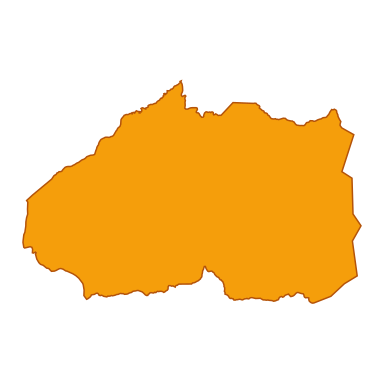 Porto Walter, Acre, Brazil (Robinson projection)
{"feature_id": "56859067B75974716553917", "entity_name": "Porto Walter", "entity_type": "district", "adm_level": 2, "iso_a3": "BRA", "parent_name": "Brazil", "parent_adm1": "Acre", "projection": "robinson", "projection_center": [-72.774, -8.451], "detail": "fine", "context": "isolated", "style": "filled", "palette": "amber", "viewbox_px": 384, "rotation_deg": 0, "n_neighbors": 0, "source": "geoboundaries", "source_scale": "gbopen_adm2", "svg_char_len": 5997}
<svg xmlns="http://www.w3.org/2000/svg" viewBox="0 0 384 384"><path d="M180.8,82.2L179.3,83.3L178.3,84.4L177.0,85.0L175.9,85.7L174.5,86.1L173.7,87.1L173.2,88.1L172.3,89.0L171.1,89.1L170.5,89.9L169.6,90.5L168.7,90.8L167.2,90.7L167.2,92.0L167.0,93.0L165.5,94.4L164.9,93.4L163.8,93.8L164.1,94.9L163.3,95.7L163.5,96.6L162.2,97.5L161.8,98.4L161.0,98.2L160.2,99.0L159.5,100.2L158.4,100.7L157.2,101.6L155.9,103.3L154.5,103.5L152.3,104.5L150.7,104.4L149.9,104.8L148.9,105.1L148.1,105.7L148.2,106.9L147.2,107.5L145.8,108.0L145.7,109.0L142.7,107.8L141.8,108.0L141.0,108.5L141.7,109.6L141.8,110.7L141.4,111.8L140.3,111.6L140.0,113.0L139.1,112.9L139.1,111.6L137.8,111.4L136.3,110.8L135.5,111.8L134.7,113.0L134.0,112.3L132.9,112.8L132.2,113.7L131.9,112.8L130.9,113.5L129.8,113.6L128.5,114.4L127.4,114.6L126.2,114.5L125.2,115.0L124.2,115.3L123.7,116.1L121.6,118.6L121.0,119.8L120.7,124.4L119.9,126.5L118.7,127.4L118.0,128.0L117.5,128.7L117.0,129.9L116.2,130.8L113.6,135.3L112.3,136.4L111.1,136.5L110.3,137.0L109.1,137.4L107.0,137.2L105.2,137.3L104.0,138.0L103.2,138.3L101.1,139.4L100.5,140.1L99.3,142.0L98.7,143.5L98.5,144.8L97.7,145.8L96.9,147.3L96.7,148.3L96.4,149.3L95.8,150.7L94.8,154.1L93.9,154.8L92.5,155.1L90.4,155.3L86.8,156.7L85.4,158.2L84.5,158.8L83.5,159.4L82.3,159.7L81.1,160.5L78.6,162.4L76.8,163.1L74.5,164.7L73.2,165.2L71.9,166.1L70.3,166.5L67.9,166.5L66.3,166.8L65.0,167.4L63.2,169.3L62.6,170.0L61.9,171.1L60.9,171.6L59.0,171.7L58.1,172.6L56.9,173.0L56.4,174.1L55.5,174.9L54.6,175.2L53.9,175.8L51.7,179.1L32.6,195.0L26.6,200.5L27.8,202.2L27.5,209.2L27.7,214.1L26.6,217.6L25.9,221.9L25.8,226.0L24.9,232.2L23.8,234.8L23.1,240.8L23.0,242.5L23.8,247.3L24.7,248.0L30.2,246.7L31.9,247.4L32.6,249.3L32.4,252.8L33.4,253.1L35.4,252.1L36.1,252.8L35.5,254.2L36.8,259.1L38.9,262.7L40.5,264.3L43.2,265.3L46.6,268.1L48.7,268.5L51.4,271.3L54.4,271.1L56.2,270.4L59.1,268.8L60.8,268.5L63.1,269.2L65.7,270.9L67.1,271.2L72.7,273.7L75.8,275.6L78.8,278.2L82.6,283.2L83.2,284.7L84.1,290.0L83.9,295.6L86.6,299.3L87.6,298.9L89.8,297.3L90.8,296.2L91.4,294.9L94.6,294.3L95.9,293.4L97.3,293.2L98.3,293.8L99.1,295.3L100.4,295.6L101.3,295.2L102.6,295.6L103.6,296.3L106.9,296.9L107.6,296.2L110.0,296.1L111.4,295.5L112.4,295.8L113.9,295.5L115.4,295.1L116.7,294.5L118.1,294.4L119.6,293.7L120.7,293.4L122.0,293.7L123.3,293.6L124.4,294.3L127.0,294.1L128.2,293.7L129.3,293.0L131.6,292.4L132.5,291.6L133.3,291.2L135.8,290.9L137.0,290.5L138.3,290.5L142.2,291.9L143.4,292.9L145.4,294.9L146.6,295.5L147.8,295.4L148.3,294.3L149.1,293.9L149.7,293.1L150.9,292.6L152.5,292.9L153.7,293.0L154.6,292.3L155.8,292.6L156.7,291.8L157.6,291.3L158.8,291.6L159.9,291.3L161.3,291.3L162.6,291.6L163.8,292.4L165.1,291.7L166.1,290.8L167.3,290.2L168.0,289.2L168.1,288.1L168.1,286.8L168.8,285.6L170.3,285.6L171.8,286.2L173.0,285.9L174.0,286.5L175.2,287.1L175.5,286.1L176.2,285.4L177.2,285.3L178.6,284.2L179.5,284.1L191.6,284.0L192.5,283.0L193.8,282.8L194.9,282.5L197.0,281.3L198.6,280.6L199.4,279.7L200.4,279.0L200.9,277.9L201.6,277.2L201.9,276.2L202.0,274.4L202.4,273.1L202.7,270.5L203.4,269.6L203.7,268.3L204.3,266.5L205.4,266.5L206.1,268.6L206.8,269.8L207.8,271.2L208.8,271.6L211.1,271.1L212.0,271.2L212.8,272.1L213.6,272.4L214.3,273.3L214.7,274.3L215.6,275.4L216.9,276.7L218.7,277.5L219.5,278.9L220.4,279.9L221.3,280.0L221.8,280.9L222.7,281.5L223.6,283.8L224.0,285.2L224.0,286.6L224.6,287.5L224.7,289.2L224.4,291.4L225.1,292.6L225.0,294.1L226.1,294.5L227.4,295.1L228.4,296.1L229.4,297.8L230.3,298.5L231.4,298.3L232.2,298.7L233.1,298.7L233.8,300.0L235.2,300.1L236.4,299.7L237.3,299.7L239.8,299.2L242.2,299.9L243.2,299.6L244.7,298.8L246.0,298.8L247.0,298.4L248.0,298.9L249.0,298.8L249.8,298.1L250.7,297.7L252.0,297.6L255.7,298.5L260.3,298.3L263.1,299.9L264.4,299.9L266.4,300.2L268.0,300.0L269.0,300.3L272.2,300.6L273.5,301.2L274.8,301.0L275.9,300.7L276.7,300.2L277.6,300.0L278.5,299.6L278.8,298.4L280.0,297.0L281.6,296.5L282.6,297.2L283.7,296.8L285.0,295.4L286.0,294.9L288.6,294.1L289.4,295.3L290.8,296.6L292.0,296.3L293.0,296.0L294.2,295.2L296.3,293.0L297.2,292.5L298.6,292.6L300.5,293.3L301.7,293.6L303.2,293.8L303.9,295.0L304.1,296.2L304.5,297.1L305.6,297.8L307.1,297.6L308.7,297.9L308.8,299.6L309.2,301.0L310.3,302.1L311.2,302.7L312.3,303.1L313.8,303.0L330.9,296.3L344.4,283.7L357.2,275.9L352.4,241.0L361.0,225.8L353.0,214.0L352.0,178.2L341.9,171.7L353.8,134.7L341.8,127.9L340.4,126.0L340.0,125.1L340.2,123.8L340.8,121.5L339.8,120.0L339.0,118.5L337.9,116.1L337.9,115.1L336.6,112.1L336.7,111.1L336.1,110.2L334.3,109.2L332.9,109.9L331.7,109.5L330.0,111.9L329.3,113.3L328.7,114.5L327.5,115.7L326.8,116.8L325.8,117.4L323.1,117.7L322.0,118.3L321.1,118.9L319.9,119.1L317.8,119.8L315.2,121.2L313.7,121.3L312.8,120.8L310.2,120.7L309.1,121.9L308.3,122.4L307.2,122.4L306.4,122.8L305.1,124.7L304.0,125.6L301.0,125.5L300.0,125.6L296.7,125.1L295.6,124.2L294.8,123.2L294.2,122.1L293.1,121.6L292.3,121.0L291.0,121.0L287.9,120.3L286.7,119.7L285.4,118.4L283.3,118.2L278.7,119.6L277.7,119.3L276.3,119.3L275.5,118.7L273.9,119.0L272.3,118.8L271.4,118.6L270.6,117.9L269.0,115.6L267.9,115.1L267.2,113.6L266.0,113.0L265.1,112.9L264.3,112.5L264.0,111.3L263.1,110.7L262.1,110.4L261.3,109.5L260.4,108.9L259.3,108.0L259.8,106.8L259.4,105.9L258.6,105.3L257.7,105.0L256.7,104.2L256.0,103.3L254.6,103.2L253.5,103.4L233.0,102.6L221.1,115.3L219.5,115.3L218.2,115.5L216.6,114.3L215.5,113.9L214.7,114.6L213.7,114.8L213.3,114.0L213.3,112.7L212.6,112.0L211.5,112.0L210.8,112.6L209.9,112.0L207.8,112.4L207.0,111.9L205.9,111.9L204.6,113.0L204.1,114.2L203.7,115.4L203.7,116.5L203.0,117.2L201.7,117.3L200.3,115.8L199.1,113.7L198.3,112.9L197.0,112.8L196.2,112.1L196.6,110.9L197.4,109.5L197.2,108.2L196.2,107.7L192.3,107.7L190.9,107.8L189.3,108.3L187.7,109.1L185.8,109.1L184.8,108.2L185.2,105.3L185.1,103.5L185.0,102.1L185.4,100.6L184.9,99.0L184.9,97.6L185.8,96.1L185.0,95.3L182.3,96.5L181.4,95.5L181.4,94.0L181.8,93.0L182.3,92.1L182.7,90.5L182.5,86.8L182.2,84.8L181.7,83.2L180.8,82.2ZM180.8,82.2L181.2,80.9L180.1,81.4L180.8,82.2Z" fill="#f59e0b" stroke="#b45309" stroke-width="1.5"/></svg>